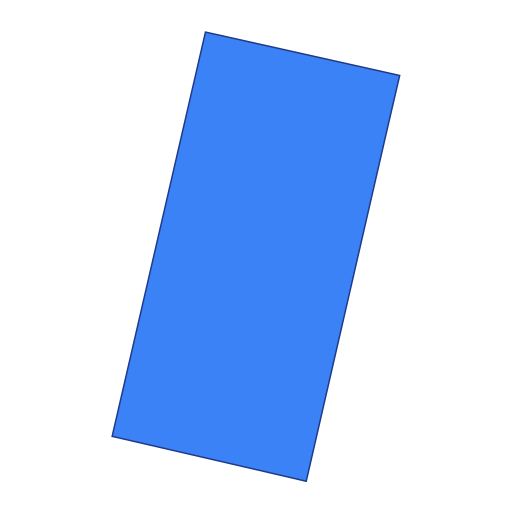 Perkins, Nebraska, United States of America (Natural Earth projection), rotated 283°
{"feature_id": "52423323B31196592045480", "entity_name": "Perkins", "entity_type": "district", "adm_level": 2, "iso_a3": "USA", "parent_name": "United States of America", "parent_adm1": "Nebraska", "projection": "natural_earth1", "projection_center": [-101.706, 40.851], "detail": "fine", "context": "isolated", "style": "filled", "palette": "blue", "viewbox_px": 512, "rotation_deg": 283, "n_neighbors": 0, "source": "geoboundaries", "source_scale": "gbopen_adm2", "svg_char_len": 263}
<svg xmlns="http://www.w3.org/2000/svg" viewBox="0 0 512 512"><g transform="rotate(283 256 256)"><path d="M462.8,156.4L47.9,156.4L47.9,157.4L47.9,321.8L47.8,355.6L413.7,355.3L464.2,355.4L462.8,156.4Z" fill="#3b82f6" stroke="#1e3a8a" stroke-width="1.5"/></g></svg>